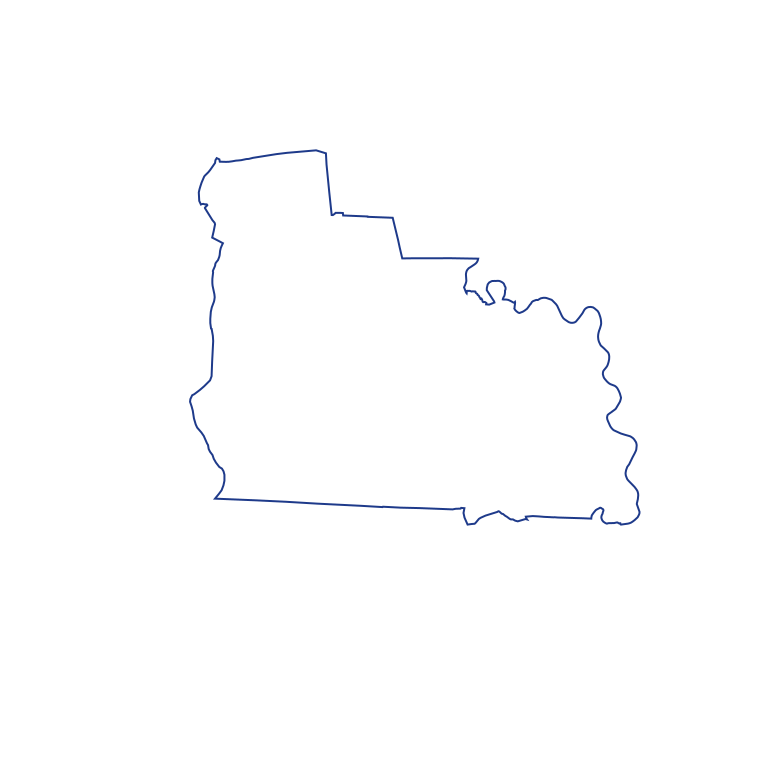 outline of Zamostea, Suceava, Romania, rotated 43°
{"feature_id": "2599482B28326865734351", "entity_name": "Zamostea", "entity_type": "district", "adm_level": 2, "iso_a3": "ROU", "parent_name": "Romania", "parent_adm1": "Suceava", "projection": "equal_earth", "projection_center": [26.217, 47.859], "detail": "fine", "context": "isolated", "style": "outline", "palette": "blue", "viewbox_px": 768, "rotation_deg": 43, "n_neighbors": 0, "source": "geoboundaries", "source_scale": "gbopen_adm2", "svg_char_len": 6117}
<svg xmlns="http://www.w3.org/2000/svg" viewBox="0 0 768 768"><g transform="rotate(43 384 384)"><path d="M338.6,583.1L369.7,556.4L392.5,537.1L416.8,517.0L450.1,488.9L466.9,475.0L466.9,474.5L480.6,463.0L494.3,450.8L519.7,428.9L521.5,426.4L525.0,422.9L524.9,422.0L527.5,420.0L530.1,424.1L534.0,426.8L541.0,429.8L543.6,426.6L545.6,424.4L545.7,422.9L545.4,418.0L545.9,416.0L546.9,413.6L548.0,411.0L554.1,400.3L554.4,399.1L554.7,398.8L555.8,398.6L558.4,398.6L559.7,397.9L562.7,397.7L564.3,397.3L567.9,396.9L569.1,396.5L570.6,395.1L573.1,394.5L575.5,393.2L579.6,386.2L581.0,385.5L579.7,385.2L578.2,384.3L582.9,379.1L587.6,375.2L591.8,371.9L595.9,368.4L597.5,367.1L598.9,365.9L599.4,365.3L602.3,363.0L621.2,346.4L627.4,341.1L626.8,340.4L625.6,338.4L625.4,337.3L625.1,335.0L624.9,331.9L625.2,330.6L625.7,329.3L626.2,327.9L626.2,327.6L626.4,327.2L626.7,326.9L627.4,326.6L628.4,326.5L629.5,326.2L630.2,326.4L630.8,326.9L631.6,328.7L632.3,329.8L632.8,331.6L633.5,332.8L634.1,333.5L634.8,334.0L636.2,334.7L636.9,334.9L638.4,335.1L640.8,334.7L642.1,334.2L642.4,333.9L642.9,332.9L644.1,331.7L647.1,328.8L648.7,326.5L649.1,326.1L649.7,325.9L650.3,325.9L650.6,325.8L651.1,325.5L651.5,324.9L651.8,324.7L652.5,325.3L653.0,325.3L653.2,325.2L654.1,324.1L657.6,319.8L658.5,318.4L659.2,316.9L659.7,315.0L660.1,312.6L660.4,308.5L659.7,305.9L659.2,304.7L658.8,304.1L658.0,303.2L650.8,299.4L650.4,298.9L648.2,295.1L646.0,292.2L644.8,291.0L643.2,289.9L641.9,289.3L639.7,288.8L637.4,288.4L629.0,288.0L627.2,287.8L626.3,287.5L623.4,286.1L621.9,284.9L621.2,284.1L619.8,281.9L618.9,279.8L618.4,278.6L618.1,275.6L615.8,268.2L614.6,263.7L613.7,260.9L613.2,259.9L611.4,257.5L610.5,256.4L609.6,255.7L608.7,255.1L607.9,254.7L604.7,253.9L602.9,253.8L600.8,254.1L599.9,254.3L598.8,254.8L594.5,257.0L590.9,258.7L584.9,260.7L583.6,261.1L582.8,261.2L580.8,261.1L578.7,260.7L577.6,260.3L573.1,258.4L571.5,257.6L570.7,257.0L570.0,256.4L569.2,255.2L568.8,254.4L568.7,253.9L568.8,252.9L570.3,245.2L570.4,244.0L569.2,238.4L568.6,235.9L567.3,233.3L566.6,232.3L563.2,230.2L560.6,229.0L557.7,228.0L556.4,227.8L555.2,227.8L553.9,228.0L549.7,229.7L548.4,230.0L547.2,230.1L545.2,230.1L541.9,229.7L540.5,229.4L539.5,228.9L537.4,227.6L536.4,226.4L535.7,225.3L535.5,224.5L535.4,223.7L535.2,220.4L535.0,218.9L534.6,217.6L534.0,216.3L533.2,214.7L531.8,212.4L530.1,210.4L529.3,209.7L528.5,209.1L527.8,208.7L526.6,208.2L526.1,208.1L520.5,207.9L516.3,208.0L515.7,207.8L514.6,207.4L512.4,206.5L511.2,205.8L510.3,205.2L508.6,203.7L508.1,203.2L506.9,201.7L505.9,200.1L505.0,198.4L504.0,196.0L502.6,193.2L501.7,191.8L500.2,190.3L498.3,188.7L496.3,187.4L492.9,185.6L491.6,185.2L490.4,184.9L486.3,185.1L484.6,185.4L482.7,186.6L482.1,187.2L481.1,188.3L480.7,189.0L480.2,190.2L480.0,191.3L479.9,192.3L480.0,193.3L480.9,196.9L481.5,202.3L481.8,207.4L481.4,208.9L480.9,209.7L480.4,210.4L478.9,211.8L477.3,212.6L476.7,212.8L472.2,213.5L470.4,213.6L469.1,213.3L467.4,212.8L457.4,208.7L455.4,208.3L450.9,208.1L449.2,208.1L446.0,209.5L444.2,210.3L443.0,211.1L441.9,212.1L441.0,213.3L440.2,214.5L439.8,215.7L439.3,217.5L439.1,217.8L438.2,218.5L437.9,218.9L436.7,221.3L436.5,221.8L436.3,222.9L436.3,223.4L436.7,225.1L436.7,226.4L437.1,229.3L437.3,231.5L437.0,233.1L436.8,234.3L436.2,236.5L434.7,239.6L434.1,240.0L433.2,240.3L431.2,240.5L429.4,240.4L427.8,239.9L427.4,239.1L426.5,238.0L425.5,236.5L424.1,234.8L423.8,234.6L423.8,234.9L423.9,235.5L423.5,236.0L422.6,236.3L420.5,236.8L417.6,237.7L415.9,238.8L413.8,240.7L413.2,241.1L412.8,240.5L412.2,238.8L412.0,237.7L411.3,236.3L409.9,234.3L408.8,233.2L408.4,232.0L407.4,230.8L406.6,230.3L405.3,229.9L403.7,229.1L403.0,228.9L401.8,228.9L401.1,229.0L399.2,229.5L397.9,230.1L396.9,230.9L395.3,232.6L394.6,233.2L392.9,234.9L392.5,235.6L392.2,236.6L391.7,238.0L391.9,240.4L393.7,243.6L395.2,245.3L407.1,248.2L408.2,248.5L409.2,249.1L406.8,254.2L404.4,256.1L403.9,255.2L403.6,254.9L403.4,254.9L402.8,255.1L401.9,255.2L401.6,255.4L400.9,256.3L400.7,256.5L400.0,256.5L398.2,255.4L397.2,255.1L396.9,255.0L396.7,255.1L396.9,255.8L396.8,256.0L396.6,256.0L395.9,255.6L394.6,255.4L394.0,255.1L393.6,254.9L392.5,254.8L391.8,255.0L390.7,254.5L389.9,254.7L389.3,254.8L388.6,254.6L387.9,254.1L387.7,254.1L385.4,256.0L385.1,256.6L383.6,257.2L383.2,257.4L382.2,258.4L381.2,259.2L381.1,259.4L381.2,259.7L382.0,260.7L382.4,261.0L382.6,261.3L381.8,261.2L376.6,258.7L375.5,255.4L374.6,253.5L373.9,252.4L369.3,248.1L368.6,247.2L367.8,245.9L367.4,245.0L367.1,243.8L367.0,242.1L367.0,241.5L367.6,239.3L368.7,234.6L368.9,233.2L368.9,232.2L368.8,231.3L368.4,230.0L368.1,229.3L367.4,228.1L345.9,247.5L340.2,252.9L321.0,270.8L311.7,279.7L302.3,273.4L295.4,268.6L295.2,268.5L277.0,256.5L258.0,272.9L257.7,272.7L239.2,288.6L237.3,287.0L235.5,288.5L231.9,291.8L231.8,293.5L231.4,295.3L230.5,296.1L213.2,281.1L192.3,262.7L184.2,254.9L175.0,259.4L155.4,281.1L148.5,289.3L133.9,308.0L131.6,311.6L129.9,313.4L126.9,317.7L124.8,320.1L123.4,321.6L121.0,324.8L118.7,327.6L116.5,329.7L112.3,333.4L110.4,332.0L107.6,332.9L108.1,335.3L109.7,337.6L110.9,346.0L111.1,348.8L110.9,353.8L111.0,354.9L113.2,361.0L114.9,364.7L116.3,367.5L117.9,370.2L124.0,376.1L127.7,377.6L128.2,376.5L128.9,375.6L130.6,374.7L131.3,373.9L132.0,373.5L132.8,373.7L132.9,374.2L132.8,375.4L132.8,377.2L133.1,377.5L146.8,381.2L150.1,381.6L151.5,382.4L155.1,388.2L158.5,394.1L166.4,391.9L170.2,390.9L170.9,393.2L171.9,395.9L173.3,398.4L174.6,400.1L175.9,401.8L176.8,403.4L178.1,406.6L178.2,408.6L178.4,410.3L178.9,411.5L179.7,412.5L180.2,413.7L181.6,417.7L181.9,418.2L182.8,418.8L186.8,424.2L188.9,426.5L190.1,427.7L191.7,429.1L198.7,434.0L201.0,436.0L202.7,438.4L203.5,439.8L205.8,445.4L208.1,449.3L212.5,454.8L215.4,457.9L219.7,461.4L220.3,461.2L226.0,465.5L229.8,469.1L243.1,484.9L252.6,495.9L254.3,500.0L254.0,508.3L253.4,513.9L252.2,520.8L251.4,523.1L252.7,527.1L254.3,529.3L258.4,531.5L262.3,533.9L268.5,538.8L273.9,542.0L277.1,543.3L283.5,544.0L287.6,544.9L295.0,548.1L297.0,548.7L300.1,551.1L303.0,552.2L307.0,552.9L310.5,554.8L314.7,556.1L320.1,557.0L323.2,556.4L326.2,557.3L329.2,559.2L333.3,563.6L335.7,567.6L337.7,572.5L338.2,576.9L338.6,583.1Z" fill="none" stroke="#1e3a8a" stroke-width="2"/></g></svg>